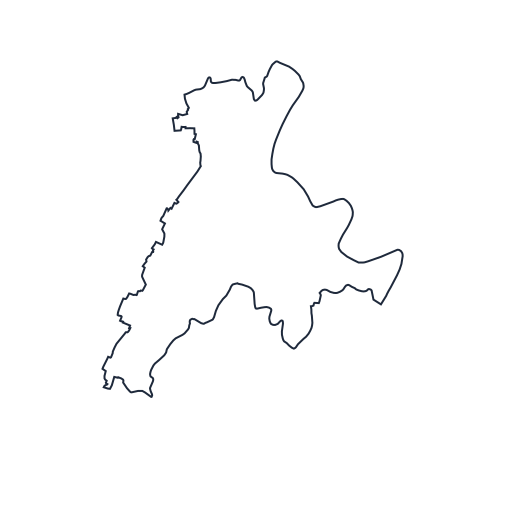 Binh Luc, Hà Nam, Vietnam (Equal Earth projection), rotated 26°
{"feature_id": "81297802B47692200365960", "entity_name": "Binh Luc", "entity_type": "district", "adm_level": 2, "iso_a3": "VNM", "parent_name": "Vietnam", "parent_adm1": "Hà Nam", "projection": "equal_earth", "projection_center": [106.037, 20.489], "detail": "fine", "context": "isolated", "style": "outline", "palette": "slate", "viewbox_px": 512, "rotation_deg": 26, "n_neighbors": 0, "source": "geoboundaries", "source_scale": "gbopen_adm2", "svg_char_len": 6137}
<svg xmlns="http://www.w3.org/2000/svg" viewBox="0 0 512 512"><g transform="rotate(26 256 256)"><path d="M389.5,244.7L390.5,234.7L390.4,232.7L390.5,229.1L390.8,225.2L391.2,211.5L391.0,205.1L390.2,199.4L387.9,191.9L387.1,190.4L386.2,189.3L384.3,188.1L382.1,187.8L380.7,188.2L380.1,188.7L368.7,201.9L359.0,211.7L356.4,214.1L355.0,215.0L351.0,216.9L345.5,216.9L338.1,216.6L330.9,215.0L327.6,213.2L326.5,211.9L325.6,210.4L324.9,208.6L324.8,206.5L324.7,203.1L324.8,198.6L325.6,191.0L325.8,187.6L325.7,181.3L325.3,178.0L324.9,176.7L323.8,174.1L322.6,172.5L321.2,171.0L319.2,169.3L316.3,167.7L313.2,166.7L310.6,166.3L309.5,166.4L307.6,167.4L305.2,169.3L303.4,171.0L301.7,173.1L292.0,183.1L289.3,185.3L288.4,185.8L287.0,186.0L284.8,185.8L280.7,183.0L276.7,179.7L269.6,175.1L260.9,171.6L255.7,170.0L253.8,169.6L250.9,169.4L248.7,169.3L246.7,169.6L243.8,170.3L238.1,172.4L237.0,172.6L235.9,172.5L234.0,171.9L232.3,170.6L231.4,169.4L229.7,166.6L227.6,162.3L225.9,156.9L224.5,151.8L223.5,147.0L223.0,142.6L222.3,132.4L222.1,125.8L222.2,117.0L222.5,109.6L223.0,104.4L224.7,94.3L225.2,87.1L225.1,84.7L224.8,83.5L224.3,82.3L222.7,80.0L222.0,79.4L218.8,77.4L216.5,75.2L214.8,74.3L209.9,72.6L206.9,71.9L202.7,71.3L192.8,71.9L190.3,71.8L189.5,71.9L188.5,72.7L187.0,76.2L186.7,77.3L186.5,81.9L186.6,84.9L187.1,89.2L187.0,89.9L186.5,90.7L185.7,91.8L186.0,93.3L186.6,97.3L187.0,98.3L189.6,101.7L190.3,103.2L191.0,105.5L191.1,106.6L190.8,108.8L188.9,114.6L188.5,115.5L187.7,116.5L186.8,116.8L185.3,115.9L181.5,110.4L180.7,109.7L179.5,109.1L174.5,107.8L173.2,107.2L170.2,104.4L168.5,102.4L167.1,101.2L166.4,100.9L165.2,101.1L164.7,102.0L164.5,104.9L164.1,105.6L163.1,106.1L160.6,106.6L157.1,108.1L153.1,111.6L147.9,115.5L144.0,118.1L141.7,119.3L140.6,119.6L139.5,119.3L139.0,119.0L137.6,116.6L137.1,116.1L136.5,115.8L135.8,115.9L135.4,116.2L135.1,116.9L135.0,117.5L135.4,124.9L135.3,126.1L134.9,127.6L133.8,129.3L132.7,130.5L129.1,132.8L127.9,134.0L124.4,138.7L122.7,140.7L121.0,142.3L123.2,145.8L126.6,149.4L130.7,152.3L130.3,153.9L130.9,154.4L130.5,156.7L131.2,157.7L131.9,158.5L128.4,161.6L123.7,162.4L124.3,163.7L125.6,165.4L125.1,166.3L124.2,165.1L123.7,165.8L124.2,166.5L120.8,168.8L124.7,174.2L127.9,179.2L133.3,176.1L133.2,174.9L132.5,172.5L133.8,172.1L136.1,170.9L136.7,172.1L141.0,169.9L144.6,168.3L145.9,170.6L147.2,173.2L148.6,172.9L149.7,177.9L148.9,178.2L148.9,179.1L149.8,180.8L152.6,180.5L152.5,179.2L153.7,179.1L154.2,180.2L156.2,181.7L158.6,185.8L159.7,187.2L161.3,188.3L162.8,190.8L164.4,194.8L164.9,196.5L166.2,198.7L167.0,199.4L166.3,205.9L163.2,222.2L162.1,228.8L160.6,236.3L160.2,239.2L159.8,240.4L162.6,241.5L162.3,242.5L161.6,243.8L160.9,244.0L159.4,244.0L159.4,250.5L158.0,250.3L157.3,253.6L156.7,252.8L156.0,252.4L155.2,252.1L154.8,252.3L155.1,260.7L154.5,262.7L154.4,263.7L154.7,266.2L159.9,266.7L159.9,272.6L160.0,273.2L163.6,275.8L164.0,276.3L165.2,278.9L166.7,284.4L166.8,285.3L166.7,287.0L159.9,287.2L159.9,289.9L159.0,294.6L160.0,295.0L161.1,295.0L161.0,296.2L161.1,296.6L161.8,297.2L161.8,297.5L160.9,298.0L160.8,302.0L159.6,303.2L159.1,304.5L158.8,307.4L160.0,309.0L159.2,311.8L158.7,314.8L161.1,315.3L161.9,322.7L162.4,324.1L163.1,324.9L169.5,330.0L169.3,336.2L169.1,337.1L167.5,337.6L167.2,338.5L165.6,339.2L165.4,339.5L165.9,343.1L165.9,343.3L165.6,343.6L164.5,343.7L163.1,344.7L162.5,344.8L159.6,345.0L158.4,345.3L158.4,348.8L158.1,351.1L157.8,351.7L156.5,352.2L155.4,352.4L155.9,361.0L156.3,364.6L156.7,367.2L157.5,369.6L158.4,369.8L161.0,369.1L161.7,369.3L162.0,370.2L162.2,373.8L163.2,373.8L164.9,373.3L165.4,373.3L165.5,374.2L173.3,373.7L173.6,376.4L174.6,376.0L174.6,378.5L174.2,380.4L173.8,381.0L172.5,381.5L172.3,381.9L172.1,383.3L169.1,396.0L169.0,400.2L169.2,404.6L169.8,406.2L170.1,410.6L169.7,411.2L167.3,411.4L167.4,413.5L167.3,422.5L167.5,424.7L171.4,425.3L172.4,430.2L173.5,432.4L174.6,433.2L176.5,433.6L176.6,435.7L176.9,436.0L177.5,436.2L178.6,436.3L178.5,436.8L177.8,437.5L176.8,438.9L176.7,439.8L176.7,440.7L181.0,440.1L183.0,439.4L183.1,435.4L181.6,426.8L185.2,426.0L185.3,425.4L188.6,425.1L190.7,425.4L191.1,425.7L191.5,426.2L192.1,428.0L198.0,431.4L201.9,433.0L203.0,433.3L203.7,433.2L204.3,432.8L209.1,429.0L213.0,427.1L216.1,427.3L223.6,428.6L223.9,428.4L223.8,426.9L223.2,425.9L220.5,423.6L218.9,421.7L218.6,420.8L218.3,414.0L218.0,412.6L217.6,411.7L216.7,410.9L214.2,410.5L213.7,410.2L212.8,409.0L212.4,408.1L211.9,406.0L211.7,404.2L211.8,399.3L212.3,397.0L214.5,392.0L217.0,385.6L217.2,384.6L217.5,382.1L216.8,379.1L216.8,378.4L217.6,372.7L218.7,368.1L219.9,365.2L224.5,359.1L225.2,357.8L225.7,356.9L227.1,351.8L227.2,350.0L226.4,347.5L226.2,345.6L225.3,344.3L224.9,343.1L224.9,342.4L225.0,342.0L226.0,340.6L226.4,340.3L227.7,340.1L228.3,339.7L236.2,340.4L238.3,340.0L238.9,339.7L239.9,338.2L241.0,337.1L244.6,332.6L245.0,331.9L245.1,329.3L244.0,322.9L243.8,316.7L245.1,309.2L246.7,304.6L247.2,297.8L247.0,294.7L247.2,293.1L247.6,291.8L248.9,290.6L251.4,288.6L252.1,288.8L256.0,287.8L262.5,287.0L265.4,287.2L267.6,288.0L269.4,289.1L270.2,290.0L275.8,299.7L277.6,302.2L278.7,303.2L279.5,303.1L280.4,302.6L283.2,300.3L286.2,298.2L287.9,297.2L290.3,296.7L292.5,296.9L293.3,297.6L293.7,298.5L294.7,304.7L295.4,306.5L297.0,308.7L298.5,310.0L299.5,310.5L301.6,310.4L303.4,309.6L305.3,307.5L306.3,304.2L306.7,303.3L307.3,302.7L308.2,302.6L309.0,303.4L309.9,305.0L312.3,312.4L313.9,315.5L316.3,318.5L317.7,319.8L318.7,320.4L321.8,320.8L325.1,322.0L328.4,322.7L330.5,322.7L330.8,322.5L331.6,321.3L331.9,320.4L332.4,316.9L335.0,309.7L336.4,306.6L337.3,302.8L337.5,299.5L337.4,296.3L336.9,294.0L336.0,291.4L332.4,285.2L330.9,283.1L329.2,279.8L327.4,277.1L328.1,276.7L329.4,275.4L329.0,273.6L329.0,272.5L333.1,270.8L332.9,268.8L331.5,263.0L330.9,262.2L329.4,261.3L330.2,258.5L331.0,257.2L332.3,256.2L333.6,255.7L334.8,255.5L338.6,255.7L342.3,255.0L344.3,254.1L345.3,253.4L347.2,251.3L348.6,249.1L349.1,247.8L349.5,244.5L350.0,242.9L351.2,241.7L351.9,241.4L353.0,241.4L355.6,241.7L359.0,241.6L360.0,242.0L361.1,242.1L363.5,241.9L366.5,241.3L368.2,240.7L369.7,239.7L370.6,238.8L371.5,236.5L372.6,236.0L374.0,235.9L375.0,236.3L380.7,243.7L389.5,244.7Z" fill="none" stroke="#1e293b" stroke-width="2"/></g></svg>